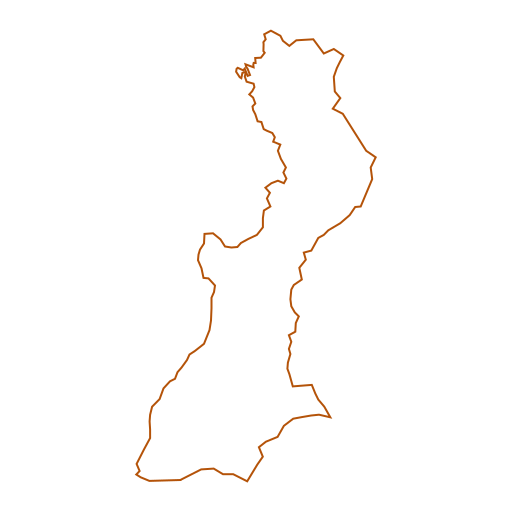 the district of Pigenia, Nicosia, Cyprus
{"feature_id": "46923920B48562884409952", "entity_name": "Pigenia", "entity_type": "district", "adm_level": 2, "iso_a3": "CYP", "parent_name": "Cyprus", "parent_adm1": "Nicosia", "projection": "natural_earth1", "projection_center": [32.648, 35.156], "detail": "fine", "context": "isolated", "style": "outline", "palette": "amber", "viewbox_px": 512, "rotation_deg": 0, "n_neighbors": 0, "source": "geoboundaries", "source_scale": "gbopen_adm2", "svg_char_len": 2202}
<svg xmlns="http://www.w3.org/2000/svg" viewBox="0 0 512 512"><path d="M180.7,480.0L180.9,479.7L201.2,469.4L213.7,468.6L223.0,474.2L233.2,474.2L247.2,481.3L257.3,464.6L262.8,456.7L258.9,447.2L265.9,441.7L277.6,436.9L283.9,425.8L293.2,418.7L301.8,417.1L311.2,415.5L319.0,414.7L330.3,417.3L324.3,406.7L318.3,399.6L315.3,393.5L311.8,384.9L305.3,385.4L292.8,386.4L289.4,374.2L287.4,368.7L287.9,362.6L290.4,354.0L288.9,348.9L291.3,341.8L288.9,335.2L295.3,331.7L295.8,323.0L298.8,316.4L294.8,312.4L291.3,306.3L290.4,299.2L291.3,289.6L293.8,285.0L301.8,279.5L299.3,267.8L305.8,259.7L303.8,252.6L311.3,250.6L318.3,237.9L323.8,234.9L328.3,230.3L340.3,223.2L349.7,215.1L355.2,207.0L360.7,206.5L372.2,179.1L370.7,167.5L375.7,157.3L366.2,150.8L342.8,113.8L332.8,108.7L340.3,98.1L334.8,91.5L333.8,76.8L336.8,68.2L339.8,62.1L343.3,55.5L337.2,51.3L333.8,49.0L323.8,53.5L313.3,39.3L296.3,40.3L289.3,45.9L282.9,40.8L280.4,35.8L270.9,30.7L264.2,34.3L265.7,39.3L263.4,42.2L263.6,44.2L263.4,51.1L264.7,52.8L260.9,57.7L255.2,58.0L255.6,63.0L253.7,62.9L253.3,64.6L253.6,67.3L245.5,64.3L246.2,66.8L247.6,68.8L250.0,75.0L247.6,75.9L244.7,68.6L243.2,70.3L237.7,67.8L236.6,68.8L236.1,71.7L239.7,77.2L241.3,78.2L242.4,72.9L245.6,71.9L245.6,73.2L244.8,76.5L246.6,81.7L253.6,83.7L254.4,87.1L252.2,91.2L249.3,94.4L253.1,97.6L255.3,103.5L252.5,106.4L253.1,110.0L255.3,114.2L257.6,121.3L261.4,122.0L263.7,129.1L266.8,130.7L272.3,133.0L274.8,137.2L273.2,141.7L280.3,144.6L277.9,150.8L280.9,158.9L285.9,167.5L283.4,172.5L286.4,178.6L283.9,183.2L277.9,180.7L271.4,183.2L265.4,187.7L269.9,192.8L266.9,198.4L270.4,206.5L263.9,210.5L262.9,218.1L262.9,227.3L256.9,234.9L248.4,238.9L240.9,243.0L237.4,247.0L231.4,247.5L225.0,246.5L220.5,239.4L213.0,233.3L204.5,233.9L204.0,243.5L200.0,249.6L198.5,254.6L198.0,260.2L201.5,268.3L203.5,277.9L208.5,278.4L215.0,285.5L214.0,292.1L211.5,297.7L211.5,308.3L211.0,320.5L209.5,330.1L204.0,343.8L195.0,350.9L189.5,354.5L187.0,360.0L181.5,367.6L177.5,372.2L175.0,378.8L170.0,381.3L163.5,388.4L159.6,399.1L152.1,406.7L150.1,414.8L149.6,421.4L150.1,429.5L150.1,438.1L144.1,449.2L136.6,463.9L139.6,471.0L136.3,474.5L140.7,477.3L149.4,480.9L180.7,480.0Z" fill="none" stroke="#b45309" stroke-width="2"/></svg>